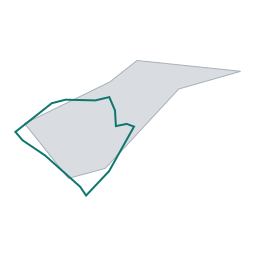 Western on a map of American Samoa (Equal Earth projection)
{"feature_id": "ASM-5002", "entity_name": "Western", "entity_type": "state/province", "adm_level": 1, "iso_a3": "ASM", "parent_name": "American Samoa", "parent_adm1": "", "projection": "equal_earth", "projection_center": [-170.747, -14.332], "detail": "fine", "context": "in_parent", "style": "outline", "palette": "teal", "viewbox_px": 256, "rotation_deg": 0, "n_neighbors": 0, "source": "natural_earth", "source_scale": "10m", "svg_char_len": 449}
<svg xmlns="http://www.w3.org/2000/svg" viewBox="0 0 256 256"><path d="M105.2,168.4L68.4,178.3L24.6,123.5L109.9,81.9L137.0,60.5L240.6,71.3L178.7,89.0L105.2,168.4Z" fill="#d9dde1" stroke="#a8b0b8" stroke-width="1"/><path d="M134.0,126.6L109.1,171.1L86.1,195.5L80.2,186.8L45.1,155.5L22.6,140.3L15.4,131.9L51.8,103.2L65.6,99.7L95.3,100.4L109.3,97.1L115.0,110.5L115.9,126.1L126.7,123.9L134.0,126.6Z" fill="none" stroke="#0f766e" stroke-width="2"/></svg>